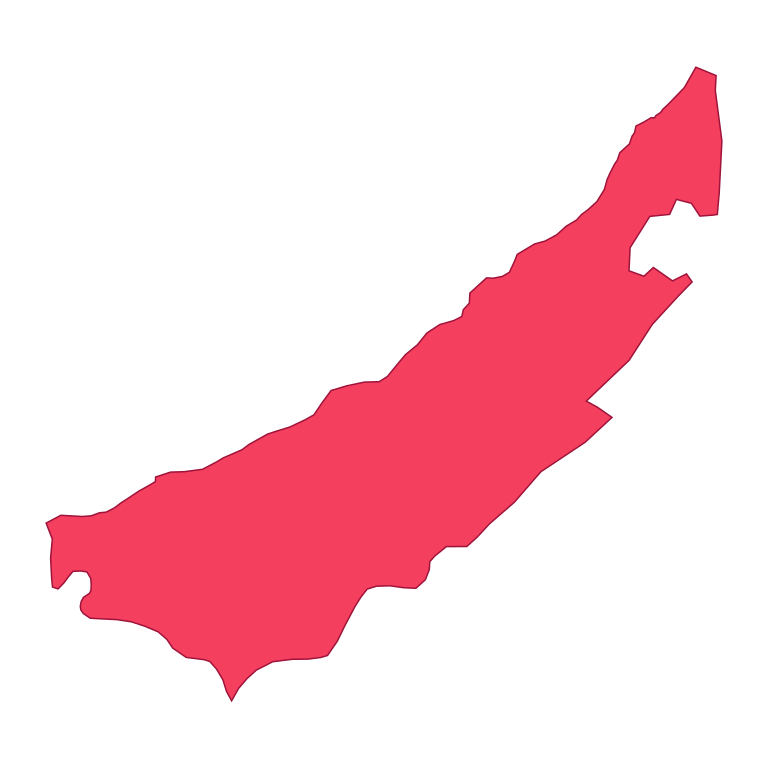 the district of Kuyichirchik, Tashkent, Uzbekistan
{"feature_id": "79887680B71620655639392", "entity_name": "Kuyichirchik", "entity_type": "district", "adm_level": 2, "iso_a3": "UZB", "parent_name": "Uzbekistan", "parent_adm1": "Tashkent", "projection": "orthographic", "projection_center": [68.959, 40.953], "detail": "fine", "context": "isolated", "style": "filled", "palette": "rose", "viewbox_px": 768, "rotation_deg": 0, "n_neighbors": 0, "source": "geoboundaries", "source_scale": "gbopen_adm2", "svg_char_len": 2126}
<svg xmlns="http://www.w3.org/2000/svg" viewBox="0 0 768 768"><path d="M716.1,75.6L695.9,67.2L686.9,83.1L684.4,87.5L676.0,96.2L667.6,104.9L662.9,109.2L660.5,112.5L655.8,115.7L654.5,117.9L651.1,117.7L644.1,121.9L636.0,126.0L634.5,132.8L632.1,136.1L629.4,144.0L624.6,148.3L619.9,152.6L617.2,160.4L614.8,163.7L609.7,173.7L607.2,179.3L604.4,189.4L596.9,201.6L587.4,210.2L581.5,214.5L576.7,219.9L566.2,226.2L556.7,234.8L545.0,241.1L534.7,243.9L527.7,248.1L517.2,254.4L514.6,261.1L509.4,272.3L502.4,276.4L493.3,278.2L486.5,277.9L481.8,282.2L469.9,293.0L469.3,303.2L463.3,309.7L461.8,316.5L453.7,320.6L439.9,324.5L427.0,332.9L417.3,344.9L405.5,354.6L398.2,363.3L387.4,376.5L379.2,381.7L364.4,382.1L347.2,385.7L331.1,390.5L321.4,403.7L314.0,414.8L304.7,420.0L289.6,427.1L276.9,431.0L267.7,434.0L258.4,439.2L249.1,444.4L242.0,449.7L223.4,457.8L216.4,462.0L202.5,469.3L184.2,471.7L170.6,472.1L155.6,477.0L155.4,481.6L148.4,485.8L139.0,491.0L129.6,497.3L121.4,502.6L114.4,507.9L106.2,512.1L99.4,512.8L91.3,515.8L82.2,516.5L73.2,516.0L63.0,515.4L60.8,515.3L46.1,523.1L52.3,539.0L50.6,558.0L51.6,577.9L52.5,587.1L58.1,588.9L64.0,582.8L68.5,576.7L73.0,571.3L81.4,571.0L87.0,572.0L90.8,578.6L91.2,585.0L90.9,590.6L89.4,593.4L83.5,597.3L81.2,601.4L80.3,606.3L80.8,609.9L83.4,613.6L90.2,618.2L104.1,619.0L116.7,619.6L131.3,621.8L144.4,626.1L158.1,631.8L166.8,639.3L172.7,648.1L186.2,657.4L204.3,659.7L209.8,661.5L216.4,668.9L222.9,679.8L226.5,691.4L231.6,700.8L238.6,688.4L247.0,678.6L256.5,670.0L272.8,661.7L292.2,659.3L308.1,659.1L320.6,657.5L327.5,655.5L337.3,641.2L344.9,625.6L354.9,606.7L361.1,596.8L367.2,589.1L376.4,586.2L390.0,585.8L403.5,587.7L415.9,588.3L425.4,579.7L429.3,569.6L429.8,561.7L434.6,556.2L446.4,546.6L466.8,546.5L477.5,536.8L489.5,523.8L514.4,502.2L540.9,471.7L585.2,442.2L612.0,417.4L597.5,407.3L586.3,401.1L629.2,360.2L652.2,324.5L677.8,296.6L692.1,281.9L686.5,273.9L672.5,280.9L653.4,267.5L643.9,276.2L629.0,270.8L630.1,247.7L649.8,216.4L669.6,214.4L676.4,199.4L691.4,203.3L699.9,216.1L712.1,215.2L717.3,214.5L719.2,193.2L721.9,141.1L715.3,90.3L716.1,75.6Z" fill="#f43f5e" stroke="#9f1239" stroke-width="1.5"/></svg>